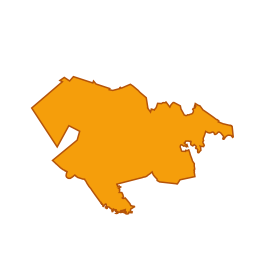 outline of Amacuzac, Morelos, Mexico, rotated 138°
{"feature_id": "50627088B73948471129715", "entity_name": "Amacuzac", "entity_type": "district", "adm_level": 2, "iso_a3": "MEX", "parent_name": "Mexico", "parent_adm1": "Morelos", "projection": "albers", "projection_center": [-99.387, 18.588], "detail": "fine", "context": "isolated", "style": "filled", "palette": "amber", "viewbox_px": 256, "rotation_deg": 138, "n_neighbors": 0, "source": "geoboundaries", "source_scale": "gbopen_adm2", "svg_char_len": 5415}
<svg xmlns="http://www.w3.org/2000/svg" viewBox="0 0 256 256"><g transform="rotate(138 128 128)"><path d="M97.0,158.9L101.1,160.3L105.6,161.8L106.3,162.1L106.4,162.6L106.4,163.3L106.6,163.4L107.2,163.4L107.3,163.0L107.3,162.7L107.8,162.8L114.2,166.1L116.4,169.1L115.8,169.5L115.2,169.6L122.3,182.0L122.2,186.0L124.0,185.0L134.2,202.7L139.9,202.0L141.5,208.2L146.8,208.9L145.8,206.3L186.2,207.3L193.3,161.3L170.4,169.3L166.1,157.9L173.9,153.0L205.8,154.4L205.5,151.3L205.4,149.3L205.3,149.2L204.8,143.6L204.1,140.4L203.1,138.2L203.4,138.0L202.9,137.2L202.5,136.3L203.8,135.6L204.7,135.0L205.9,134.0L206.3,133.3L206.5,132.5L206.1,130.7L205.5,130.0L204.5,129.2L202.1,128.8L199.0,128.6L198.9,126.5L198.8,126.3L198.7,126.4L198.5,125.0L195.7,120.2L195.2,119.7L194.8,119.3L194.5,118.9L194.7,118.6L194.9,117.4L194.9,116.4L195.3,115.2L195.6,113.8L196.1,110.6L196.2,107.6L196.5,105.8L197.2,100.0L198.1,91.3L197.8,90.8L198.0,90.6L198.4,90.2L198.1,89.8L198.5,88.9L198.0,88.6L198.1,88.2L198.4,87.2L198.9,86.8L198.9,86.3L198.7,86.1L198.2,86.1L197.7,86.5L197.0,86.6L196.1,86.6L195.6,86.6L195.2,85.9L195.6,85.5L195.8,85.1L196.1,84.7L196.8,84.3L197.4,84.3L197.5,83.9L198.1,83.8L197.7,82.4L197.2,82.2L196.0,83.2L195.8,83.1L195.1,82.0L195.0,81.4L194.9,80.2L194.6,79.0L194.4,78.7L194.3,77.7L195.2,77.5L195.3,77.1L195.7,76.5L195.3,76.1L195.1,76.1L194.4,76.6L193.9,76.8L193.7,76.7L193.7,77.2L193.1,77.5L193.0,77.0L192.5,76.3L191.5,75.1L191.6,74.9L192.0,74.9L192.1,75.1L192.9,74.9L193.0,74.4L192.8,74.0L191.6,72.8L191.7,72.4L192.1,72.3L194.1,72.6L193.9,72.3L193.0,71.7L192.5,71.6L192.3,71.6L190.9,71.4L190.5,71.1L190.3,70.3L189.9,70.2L189.3,70.9L189.0,71.3L188.3,71.3L187.9,70.2L188.8,70.0L189.0,70.0L189.2,69.6L188.3,69.1L188.0,68.4L187.9,68.2L187.6,68.0L187.2,67.8L186.3,68.0L186.5,69.6L186.9,69.9L186.8,70.2L184.6,69.2L185.1,68.8L185.7,67.9L185.5,67.2L186.0,67.0L185.9,66.6L186.8,66.8L187.2,66.8L187.0,65.8L186.7,65.2L185.6,64.3L184.8,64.0L184.6,64.1L183.9,64.9L183.3,64.8L183.2,64.2L182.9,63.6L181.7,62.4L181.3,62.7L181.8,62.8L181.6,63.0L181.5,64.6L181.4,64.9L181.3,65.2L181.0,65.4L180.4,65.7L179.8,66.0L179.5,65.9L178.9,65.6L178.2,65.6L177.9,65.5L177.6,65.4L176.9,65.5L176.7,65.4L176.3,65.4L176.0,65.1L175.7,65.4L175.8,65.7L175.9,65.9L176.1,65.8L176.4,66.0L176.8,66.4L176.9,66.9L177.5,67.9L177.4,68.0L177.9,68.5L177.2,70.4L176.9,75.6L176.9,78.0L177.6,78.1L178.1,78.3L178.4,78.6L178.9,79.0L179.1,79.6L179.1,79.9L177.4,79.9L176.7,81.4L176.5,82.2L176.3,82.2L175.8,84.1L176.3,84.7L177.4,85.8L177.2,85.8L176.6,86.7L176.5,86.8L176.2,87.3L175.7,87.4L175.5,87.6L175.3,87.9L175.1,88.1L175.1,88.3L175.3,88.5L175.4,89.5L173.4,89.1L172.4,88.7L172.9,89.3L174.1,89.6L173.9,89.7L174.1,89.8L173.4,90.8L174.9,91.4L174.4,91.8L173.8,93.2L174.2,93.4L173.9,93.8L153.6,83.2L150.6,81.6L149.5,81.2L148.3,80.4L147.2,79.9L145.9,79.6L144.6,79.6L144.3,79.6L143.8,79.5L142.1,79.3L139.5,79.2L140.4,76.8L140.6,75.8L140.7,73.6L140.6,70.5L141.5,69.5L140.6,66.8L129.2,54.0L129.1,53.6L128.7,53.4L124.0,54.7L110.8,47.1L108.7,50.3L108.5,50.8L108.0,51.1L107.5,51.5L107.4,52.2L107.0,52.6L106.9,52.6L106.6,52.5L106.3,52.9L106.2,53.0L105.8,52.9L105.5,53.5L105.0,54.2L104.1,55.6L102.6,57.1L102.2,60.3L101.7,61.3L100.8,63.4L99.9,65.8L99.2,67.3L98.6,68.4L97.5,71.1L98.0,71.3L98.3,71.2L99.2,71.6L100.0,72.8L100.9,72.1L101.7,73.0L102.7,73.8L103.2,74.3L103.6,75.0L103.2,76.0L102.6,77.2L102.4,77.8L102.0,78.9L101.3,79.6L100.4,79.9L99.8,80.0L99.4,79.6L99.0,78.5L98.8,77.3L97.9,76.8L97.3,75.9L97.3,75.6L97.2,75.7L96.1,74.3L95.3,76.2L95.7,76.2L95.8,76.6L96.4,78.7L96.3,79.1L96.2,79.2L95.8,79.0L95.2,79.0L94.7,79.3L94.4,79.6L93.9,79.6L91.7,77.8L91.4,76.9L90.7,76.6L90.2,76.0L90.4,75.5L91.0,75.2L91.9,74.5L92.5,73.6L92.0,71.5L91.4,71.2L89.9,71.4L89.6,68.9L89.8,68.3L90.5,68.0L91.1,68.0L91.3,67.6L91.2,67.2L90.8,66.8L90.6,66.0L90.7,65.2L91.3,64.7L92.1,63.8L92.5,63.1L92.4,62.6L91.9,62.3L91.4,62.3L90.9,62.5L90.2,62.6L89.4,62.6L88.8,62.6L88.4,63.1L87.9,63.8L87.1,64.9L86.5,66.2L86.1,65.3L85.5,65.0L84.8,64.2L84.3,63.6L82.9,64.1L82.5,65.3L82.3,66.6L81.6,67.7L80.3,68.0L79.9,68.9L79.0,70.0L76.4,71.2L72.5,73.5L72.2,72.4L71.7,71.1L71.1,70.2L70.6,69.6L70.1,69.3L69.0,68.8L68.6,68.7L68.2,68.7L67.8,68.3L67.5,67.9L67.3,67.3L67.3,67.0L67.3,66.7L67.8,65.8L67.8,65.1L67.6,64.9L67.2,64.7L66.5,64.5L65.9,64.4L65.4,64.4L64.4,64.6L63.8,64.5L63.1,64.2L62.9,63.9L62.5,62.7L62.4,61.9L62.5,59.5L62.8,57.4L62.9,57.2L63.9,57.1L64.3,56.9L64.8,56.5L64.8,56.2L64.7,55.9L64.4,55.6L64.2,55.5L63.9,55.5L61.8,56.0L60.4,56.1L59.1,55.9L58.4,55.6L57.9,55.2L56.7,53.9L56.5,53.4L56.5,53.0L56.5,52.2L56.3,52.3L56.5,51.0L55.7,51.0L54.8,52.3L49.6,59.4L49.9,60.0L49.5,60.5L50.5,61.7L50.7,61.9L50.6,62.0L50.8,62.1L51.2,62.7L53.9,66.7L54.3,67.1L56.8,72.1L55.8,72.4L56.1,74.5L56.4,74.7L56.8,76.0L57.3,78.8L58.9,86.0L60.0,90.6L60.2,91.1L59.7,96.3L60.6,97.9L61.6,101.2L62.5,100.6L63.0,98.9L63.5,98.9L63.8,99.8L64.5,99.3L64.3,98.3L65.1,98.1L66.0,98.6L66.3,98.9L66.8,98.8L67.4,98.6L67.4,98.0L67.9,96.9L69.0,96.1L70.5,95.7L71.6,96.0L72.6,96.6L73.5,96.8L74.2,97.2L74.8,97.9L76.0,98.0L76.8,98.6L77.1,99.4L77.5,99.9L75.9,106.7L74.3,109.4L76.8,116.2L77.4,116.7L78.2,116.7L79.4,116.6L80.8,116.4L82.9,115.5L82.4,121.9L83.5,121.9L83.9,122.3L84.4,122.9L85.1,123.4L85.6,123.6L86.1,123.6L86.8,123.8L89.5,126.5L93.4,124.3L95.8,124.0L96.4,123.7L97.2,125.4L97.7,125.4L97.9,126.3L98.0,126.5L100.6,124.8L100.0,129.8L99.7,129.8L94.2,138.3L95.3,146.5L95.3,149.0L96.2,155.6L97.0,158.9Z" fill="#f59e0b" stroke="#b45309" stroke-width="1.5"/></g></svg>